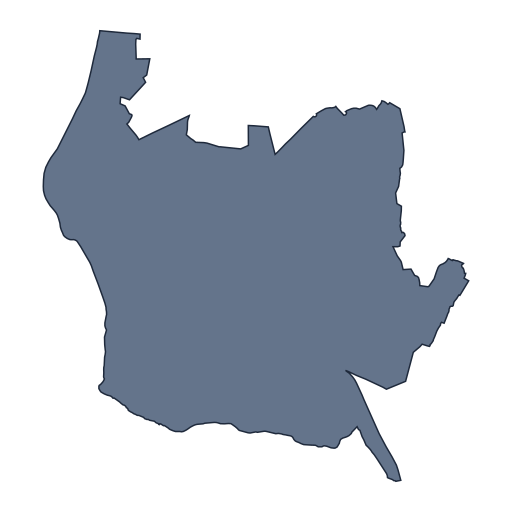 4e Arrondissement, Analamanga, Madagascar
{"feature_id": "10022922B42847936410668", "entity_name": "4e Arrondissement", "entity_type": "district", "adm_level": 2, "iso_a3": "MDG", "parent_name": "Madagascar", "parent_adm1": "Analamanga", "projection": "orthographic", "projection_center": [47.516, -18.933], "detail": "fine", "context": "isolated", "style": "filled", "palette": "slate", "viewbox_px": 512, "rotation_deg": 0, "n_neighbors": 0, "source": "geoboundaries", "source_scale": "gbopen_adm2", "svg_char_len": 6048}
<svg xmlns="http://www.w3.org/2000/svg" viewBox="0 0 512 512"><path d="M99.8,30.7L99.6,33.1L98.3,38.7L97.5,41.5L97.2,44.2L96.5,47.5L94.3,56.0L91.1,70.8L88.3,82.4L87.4,85.8L85.5,92.6L85.0,93.8L82.6,98.8L80.2,103.6L76.2,110.8L72.3,119.1L57.3,148.9L51.0,157.6L48.5,161.9L45.8,167.3L44.1,173.4L43.5,179.9L43.3,186.4L43.5,190.7L44.6,195.3L46.0,198.8L48.1,202.4L50.2,205.7L54.0,210.1L56.1,212.8L57.4,215.1L58.6,218.6L59.9,223.2L60.4,227.1L61.3,230.0L62.6,232.9L63.6,235.4L64.9,236.8L67.3,238.5L69.9,239.6L71.9,239.7L73.8,239.6L75.1,240.0L76.6,240.8L77.4,241.7L80.7,246.7L86.8,257.2L89.8,262.3L91.4,265.8L93.2,271.1L98.1,283.9L102.8,297.0L104.9,303.1L106.0,307.2L106.1,309.4L106.5,311.8L106.6,314.5L106.1,316.6L104.9,322.9L104.9,325.8L105.5,327.9L106.5,330.0L104.5,337.1L104.7,344.6L105.2,349.5L105.5,351.6L105.2,354.3L104.6,357.2L104.2,365.6L103.8,367.4L103.7,369.2L103.8,372.8L103.6,376.7L103.7,377.3L104.0,378.1L104.4,378.9L103.7,380.5L103.0,381.7L101.2,383.8L100.1,384.8L99.3,385.3L98.9,386.1L98.9,388.7L100.1,390.8L101.0,392.0L104.1,393.8L107.4,395.2L109.2,395.6L110.8,396.1L112.3,397.3L113.0,398.2L114.2,398.1L119.7,402.0L120.8,403.1L122.9,404.8L124.5,405.3L125.8,406.4L126.3,407.6L126.9,407.9L127.7,408.6L128.4,410.4L129.5,411.1L130.5,411.8L132.2,412.6L133.9,413.8L135.7,414.4L136.5,415.0L137.7,415.4L138.9,415.4L143.7,417.4L144.6,418.6L147.0,419.5L148.2,419.4L149.7,420.3L154.3,421.2L155.0,421.7L155.7,422.5L156.9,423.1L158.3,423.6L158.7,424.4L159.3,424.6L159.6,423.9L160.0,424.1L160.6,423.8L163.3,425.6L163.6,425.7L164.1,425.5L165.3,426.1L168.3,428.1L169.5,429.2L171.0,429.9L173.2,430.8L175.5,431.5L179.8,431.5L181.6,431.8L183.5,431.4L186.1,430.1L188.1,428.8L190.3,427.2L192.5,426.0L194.6,425.0L196.7,424.4L198.3,424.2L203.1,423.8L204.9,423.2L214.4,422.4L216.3,422.5L218.1,422.9L220.5,423.7L224.4,423.8L228.5,423.5L230.2,423.6L231.1,423.7L235.3,426.7L237.5,428.6L238.3,429.6L239.3,430.4L248.1,432.8L250.2,433.0L255.8,431.9L257.4,432.3L263.7,431.3L264.9,431.2L266.2,431.4L268.4,431.9L275.8,433.7L278.4,433.4L281.5,433.9L283.1,434.5L285.8,434.9L287.9,435.4L289.3,435.6L290.7,435.9L291.9,436.5L292.9,437.5L293.4,438.6L294.1,439.7L295.1,440.8L296.2,441.5L299.1,442.6L300.8,443.5L303.7,444.6L311.4,445.1L314.6,445.2L315.5,445.3L316.0,445.5L318.2,446.8L321.9,446.8L323.6,445.9L324.3,445.8L326.7,446.2L331.0,447.8L333.6,448.1L335.0,448.1L335.7,447.8L337.1,447.0L339.3,443.3L339.7,441.5L340.6,439.4L342.7,438.1L345.8,437.1L347.1,436.6L349.0,435.6L351.1,433.7L351.4,433.3L351.9,432.1L357.1,426.7L358.5,429.5L359.9,430.3L362.1,436.6L363.8,439.8L366.1,445.2L368.1,447.1L370.2,449.4L371.2,450.7L372.0,452.1L374.2,454.7L376.8,458.5L386.6,473.7L387.3,475.6L387.5,477.6L389.2,478.4L392.5,479.6L393.7,480.6L394.7,480.7L395.1,480.7L395.8,481.3L398.9,480.7L400.8,480.3L398.0,469.9L396.4,465.1L392.1,457.0L386.2,446.9L379.1,433.6L363.9,399.6L362.0,395.0L356.5,383.1L354.7,379.8L352.6,376.9L349.3,373.2L347.1,371.7L345.5,370.4L348.5,371.6L356.7,375.5L365.8,379.2L382.9,387.2L386.4,389.2L405.6,381.3L413.3,352.3L419.9,346.7L422.1,344.2L427.1,345.8L429.5,346.4L430.1,345.5L430.1,344.5L431.1,343.8L433.2,340.7L433.4,339.6L434.6,336.9L436.8,331.1L438.5,327.9L440.4,325.2L440.6,323.6L441.5,322.3L444.1,323.2L446.8,316.4L447.8,313.5L448.5,312.4L448.8,311.5L449.0,310.5L449.0,309.3L449.6,307.9L450.0,306.7L450.7,306.3L452.2,306.2L452.6,306.2L453.2,305.5L453.6,303.5L453.7,302.8L454.0,302.0L454.9,300.7L456.8,298.4L457.9,296.5L459.0,294.9L459.6,295.1L459.9,295.3L460.6,294.2L468.7,280.8L464.1,278.2L465.3,275.0L465.7,273.4L464.5,273.3L464.2,271.3L463.8,269.7L463.5,269.1L463.3,268.2L462.6,268.0L461.8,266.6L461.6,265.6L462.0,264.5L462.8,264.2L463.5,263.4L458.7,261.3L457.4,260.8L456.0,260.7L454.9,260.3L454.2,260.2L453.7,259.9L453.1,259.8L452.7,259.9L452.7,260.4L452.3,260.6L448.8,258.7L448.2,258.5L447.7,259.5L446.6,261.1L445.7,262.0L444.8,262.8L443.8,263.3L443.1,263.8L441.2,264.5L440.1,265.1L439.2,265.9L438.1,267.5L436.5,271.7L434.1,278.9L429.3,285.8L429.1,286.0L428.4,286.6L427.6,286.7L419.8,285.6L419.7,282.7L419.1,279.6L418.5,277.6L417.3,276.4L414.6,275.4L411.0,269.1L403.1,269.6L401.3,262.1L400.5,260.5L397.2,255.8L393.0,246.7L397.8,246.7L400.0,246.0L400.2,241.9L405.0,235.7L404.8,234.8L404.8,234.2L404.4,233.4L403.2,232.4L401.8,232.6L401.7,231.8L401.6,231.3L401.0,230.6L400.8,230.3L400.6,229.2L400.8,229.0L400.6,228.2L400.7,227.8L400.4,227.5L400.3,226.7L400.1,226.3L400.1,225.7L400.3,224.7L400.7,224.1L400.6,223.2L400.7,222.5L400.7,222.1L400.4,221.4L400.3,220.1L401.3,210.7L401.4,206.2L396.9,203.6L395.6,193.0L398.6,186.4L399.6,178.9L399.8,178.5L399.6,176.9L400.1,175.3L400.4,173.2L400.1,171.5L399.8,168.3L400.5,167.9L401.6,166.9L402.7,164.9L403.0,162.8L403.3,159.3L403.9,150.4L402.1,133.0L403.9,132.0L405.0,131.9L404.7,130.9L404.0,126.5L399.9,108.7L389.7,102.7L388.6,103.9L387.9,104.3L386.0,102.7L384.2,101.5L381.9,100.8L381.2,102.9L380.5,104.0L378.8,105.8L377.3,108.5L376.6,109.4L375.7,107.9L374.8,106.9L373.6,106.0L371.9,105.4L369.7,105.2L368.4,105.3L359.5,109.1L356.2,108.2L353.8,108.2L351.5,108.7L346.9,110.6L345.5,111.7L346.3,112.2L346.6,113.0L346.3,113.8L345.9,114.6L345.3,115.0L343.8,115.2L342.0,113.2L337.2,108.3L335.8,106.4L334.9,107.2L333.5,107.6L331.8,107.9L330.0,107.8L328.5,108.0L326.6,108.3L325.4,108.6L321.5,110.7L316.3,113.8L316.6,114.4L316.6,115.0L316.5,115.6L316.2,116.0L315.9,116.4L315.0,116.8L314.5,116.8L314.0,116.7L313.3,116.4L301.3,128.2L290.5,139.2L285.6,143.8L282.3,147.3L277.5,152.2L275.1,154.4L269.9,133.8L268.3,126.9L254.4,125.8L248.3,125.5L248.4,145.4L240.7,148.9L220.2,146.8L219.0,146.8L207.0,143.1L203.8,142.6L195.7,142.3L193.0,140.0L190.8,138.6L186.4,134.9L186.4,134.4L187.3,129.5L187.5,122.0L187.8,120.0L189.1,116.3L189.3,115.5L168.9,125.3L152.5,133.0L138.9,139.7L137.7,137.6L135.9,135.0L130.0,128.0L126.9,124.0L128.7,122.3L131.4,117.3L132.0,115.7L131.7,114.6L129.3,113.7L125.1,105.9L120.1,103.7L120.6,97.2L123.3,97.6L129.5,99.8L145.6,82.3L143.2,77.7L146.7,75.0L149.8,58.8L136.2,59.0L135.7,44.1L135.9,39.5L136.7,38.4L140.0,39.1L140.1,34.1L134.6,33.6L126.8,33.1L99.8,30.7Z" fill="#64748b" stroke="#1e293b" stroke-width="1.5"/></svg>